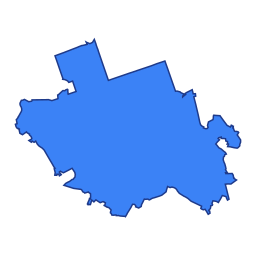 Īles pag., Auces, Latvia
{"feature_id": "27541924B56863869221603", "entity_name": "Īles pag.", "entity_type": "district", "adm_level": 2, "iso_a3": "LVA", "parent_name": "Latvia", "parent_adm1": "Auces", "projection": "albers", "projection_center": [23.001, 56.556], "detail": "fine", "context": "isolated", "style": "filled", "palette": "blue", "viewbox_px": 256, "rotation_deg": 0, "n_neighbors": 0, "source": "geoboundaries", "source_scale": "gbopen_adm2", "svg_char_len": 5655}
<svg xmlns="http://www.w3.org/2000/svg" viewBox="0 0 256 256"><path d="M164.9,61.0L163.2,61.6L156.8,63.7L151.6,65.7L128.4,73.5L126.1,74.3L119.7,76.5L115.6,77.9L108.4,80.4L101.5,60.4L98.5,51.6L97.8,49.3L97.2,47.9L97.0,47.3L96.2,45.0L96.1,44.6L96.0,44.1L94.3,39.4L92.5,42.4L89.9,43.7L90.0,43.7L86.7,42.4L86.2,42.1L87.1,44.4L82.5,45.5L81.9,45.5L78.5,46.8L77.7,47.2L71.2,49.7L69.5,50.4L67.3,51.2L66.1,51.7L65.8,51.8L65.5,51.9L63.3,52.8L62.9,52.9L55.0,55.8L56.8,60.9L59.7,69.4L62.9,78.6L62.7,79.3L64.9,79.6L66.4,80.3L67.6,80.9L68.8,82.4L72.6,81.1L76.1,91.5L68.5,94.1L67.6,94.4L68.1,93.9L68.0,92.3L67.8,91.4L67.8,90.7L67.9,90.1L67.8,89.7L67.7,89.5L67.5,89.3L67.0,89.4L65.9,89.8L64.8,90.7L62.9,90.6L61.1,92.2L58.3,94.8L57.7,95.0L57.8,96.5L58.0,98.5L57.9,98.7L51.9,100.6L48.3,99.6L47.2,99.7L32.1,99.9L32.2,100.3L31.6,101.2L30.5,101.4L28.8,101.7L24.4,99.4L22.8,100.2L21.4,100.3L20.7,101.7L20.2,102.7L20.1,103.0L20.0,103.4L20.0,104.2L20.2,105.0L20.3,105.4L20.5,105.9L21.1,106.8L21.3,107.4L21.6,108.4L21.7,109.3L21.7,110.0L21.6,110.6L21.5,110.9L21.3,111.5L21.1,111.8L18.8,116.0L18.2,116.9L18.3,117.0L17.9,117.6L17.8,117.9L17.5,118.2L17.1,118.9L16.9,119.1L16.7,119.2L16.3,119.6L17.1,123.7L16.3,123.9L15.4,124.3L15.7,125.3L16.0,126.5L16.1,126.8L17.1,128.2L18.5,129.0L18.7,128.6L19.4,129.1L19.2,130.2L19.9,133.3L22.5,134.7L26.5,131.9L27.1,132.8L29.5,134.1L29.3,134.7L29.9,135.4L31.0,136.4L31.8,138.3L31.5,139.1L29.8,140.0L28.9,140.5L30.6,141.7L31.3,142.2L32.1,141.1L32.8,141.7L33.7,142.0L34.1,142.3L35.5,141.4L35.7,141.2L35.8,141.5L36.1,141.9L37.0,143.5L37.3,144.1L37.6,144.5L38.2,145.1L38.7,145.7L39.3,146.2L42.2,148.1L42.7,148.6L44.0,149.9L44.4,150.5L49.8,159.8L50.1,160.3L51.9,163.3L53.8,166.7L54.7,168.0L55.0,168.2L54.2,168.7L54.3,169.1L55.2,172.5L54.8,175.2L56.8,175.3L56.9,174.2L58.7,174.2L59.4,175.8L61.0,174.9L61.3,174.6L59.7,172.8L59.5,172.4L59.3,172.0L60.4,171.2L61.2,171.7L62.8,172.5L63.2,172.8L64.2,172.4L69.6,169.6L72.1,168.3L74.8,172.4L75.3,174.7L75.2,174.8L75.0,177.0L74.2,177.9L73.7,178.6L73.1,179.4L72.2,179.4L69.6,181.4L68.0,182.1L65.7,183.4L63.9,185.3L73.7,188.4L80.4,189.3L81.4,189.6L81.9,190.2L82.8,191.8L85.0,192.9L85.0,193.0L88.3,192.0L88.5,192.3L90.5,193.7L90.6,196.6L90.6,197.1L90.5,197.6L90.5,198.4L90.4,198.9L89.5,198.5L89.0,200.4L88.6,201.0L87.4,204.0L88.1,204.8L88.3,204.7L88.5,204.5L88.7,204.2L89.8,204.7L90.4,204.6L91.8,200.1L93.9,201.9L95.9,199.9L100.2,202.7L103.0,201.6L103.9,201.8L104.0,202.2L105.4,202.8L105.1,204.3L104.7,205.3L104.1,205.4L104.1,205.5L106.5,206.7L106.4,206.8L106.9,207.1L108.7,207.6L109.0,207.7L109.9,208.8L110.7,209.4L111.1,210.1L110.4,212.2L110.5,213.0L111.1,213.3L111.9,215.1L113.7,215.2L115.1,215.0L116.1,215.0L116.3,215.4L116.3,215.6L117.5,215.6L118.6,215.5L118.9,215.7L120.3,216.0L123.9,216.3L124.3,216.3L124.5,216.3L125.3,216.4L125.4,216.6L125.6,216.4L126.6,214.7L127.0,214.0L127.4,213.1L127.9,212.3L128.3,211.7L130.9,207.5L132.0,205.3L132.6,204.3L134.5,204.4L135.6,205.6L135.8,206.0L135.6,206.8L138.7,208.0L141.2,206.5L141.4,205.5L141.5,204.7L142.9,202.0L143.5,200.7L144.3,199.1L145.3,199.3L147.9,199.1L149.2,199.9L149.8,199.7L152.2,198.3L153.2,198.0L155.1,197.5L155.3,197.4L159.1,196.2L161.8,195.2L166.1,191.8L166.6,189.6L167.6,186.5L169.9,187.5L170.4,187.5L171.3,187.2L171.8,187.1L172.1,187.1L173.6,187.5L174.0,187.6L174.8,188.0L175.4,188.4L175.7,188.6L176.6,189.5L176.8,189.8L177.3,190.8L179.3,193.3L184.1,196.3L185.3,196.8L187.9,198.4L191.1,201.2L201.6,206.2L201.3,207.3L200.8,208.2L200.8,208.4L201.5,209.0L203.3,209.8L205.1,209.3L206.5,211.4L208.2,214.3L210.0,213.2L209.7,211.1L208.7,210.7L209.1,209.8L210.2,208.8L210.5,208.1L210.7,206.4L210.7,205.8L212.2,205.4L212.6,204.7L212.0,203.3L213.0,200.8L216.4,201.4L218.4,202.5L219.2,201.0L220.2,199.5L222.3,195.5L226.0,196.6L226.3,197.3L226.5,198.1L227.5,200.1L229.0,199.2L225.3,184.2L228.0,183.9L229.6,184.0L231.0,184.0L236.5,180.0L234.2,178.6L234.1,178.0L233.7,178.0L233.2,175.1L232.2,173.5L226.3,173.6L225.8,173.6L225.7,173.1L225.5,172.7L227.1,172.3L226.0,170.6L225.7,169.9L225.5,169.6L226.0,168.8L225.6,166.8L224.8,163.9L224.0,162.2L223.2,159.7L223.5,157.0L224.4,156.3L224.8,154.6L226.3,154.1L225.8,153.1L225.0,152.1L224.3,151.7L221.2,149.0L218.9,147.8L216.8,145.1L215.8,144.0L217.4,141.9L219.5,139.8L218.1,138.5L218.7,137.7L221.2,137.1L221.2,137.3L221.2,138.3L222.1,138.5L222.9,138.5L223.8,138.5L225.5,138.7L225.9,141.1L227.5,141.5L227.5,143.2L227.2,144.0L227.7,143.9L228.5,144.0L228.5,144.4L228.2,145.0L227.6,146.6L230.2,146.8L234.1,147.7L237.0,148.1L237.6,148.0L238.6,147.1L239.8,145.8L239.7,144.6L240.6,142.2L240.6,139.9L237.2,134.9L237.9,133.8L238.3,133.1L238.6,132.5L238.4,132.4L238.3,132.0L237.7,131.7L236.6,131.4L236.1,131.4L235.0,131.4L234.7,131.3L234.5,131.1L233.8,129.5L233.5,128.7L233.5,128.4L233.1,128.3L233.1,128.2L233.2,127.9L233.0,127.7L233.0,127.4L233.2,127.2L233.3,127.0L233.3,126.7L233.1,126.7L233.2,126.4L232.8,126.4L232.7,126.0L232.4,125.9L232.3,126.0L232.2,125.9L232.3,125.8L232.1,125.7L231.8,125.6L231.8,125.4L231.3,125.2L231.2,125.5L230.3,127.0L227.1,125.4L224.7,122.2L224.4,121.8L220.1,115.9L220.0,115.7L219.9,115.7L215.7,115.4L213.7,115.2L213.6,115.3L213.4,116.1L213.3,118.0L213.0,119.6L212.8,119.7L208.5,121.9L207.9,124.0L207.5,125.5L208.1,127.4L207.5,128.1L207.4,128.4L206.9,128.6L205.8,128.7L204.6,128.4L203.4,127.9L203.8,127.0L201.8,126.0L201.6,125.8L201.4,125.5L200.6,124.8L199.8,122.3L198.1,114.4L196.4,107.2L195.8,104.6L193.8,96.8L195.7,96.2L195.4,93.7L193.2,93.8L193.0,92.9L192.2,89.7L186.8,92.4L185.2,93.4L185.3,93.8L185.7,94.5L185.2,94.8L182.8,96.8L182.7,96.9L182.7,96.2L183.6,94.7L183.9,94.0L180.9,92.7L180.1,91.9L177.1,91.1L175.5,91.2L167.6,68.6L164.9,61.0Z" fill="#3b82f6" stroke="#1e3a8a" stroke-width="1.5"/></svg>